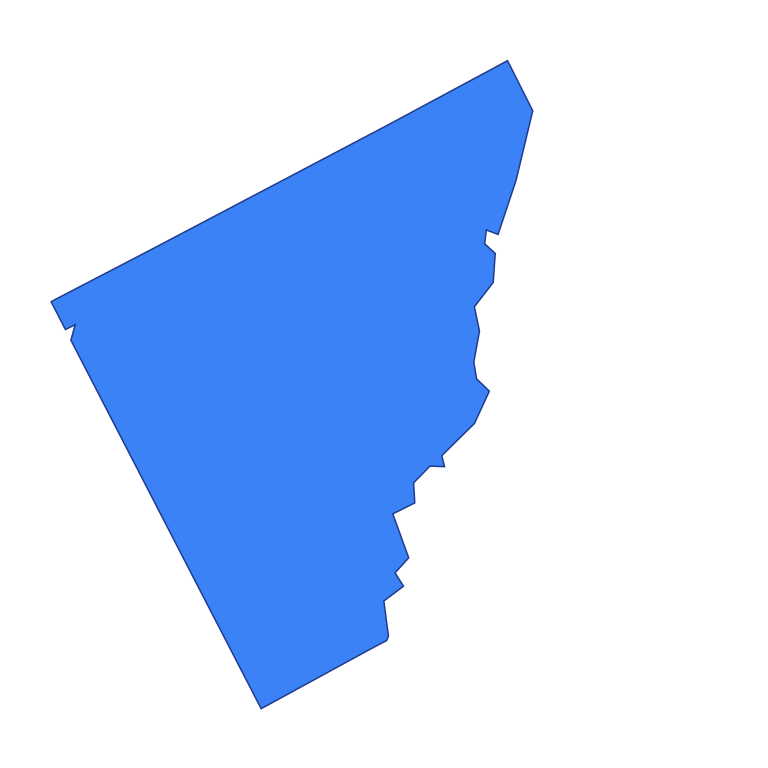 Mitchell, Georgia, United States of America, rotated 152°
{"feature_id": "52423323B1848134729501", "entity_name": "Mitchell", "entity_type": "district", "adm_level": 2, "iso_a3": "USA", "parent_name": "United States of America", "parent_adm1": "Georgia", "projection": "natural_earth1", "projection_center": [-84.237, 31.26], "detail": "fine", "context": "isolated", "style": "filled", "palette": "blue", "viewbox_px": 768, "rotation_deg": 152, "n_neighbors": 0, "source": "geoboundaries", "source_scale": "gbopen_adm2", "svg_char_len": 615}
<svg xmlns="http://www.w3.org/2000/svg" viewBox="0 0 768 768"><g transform="rotate(152 384 384)"><path d="M523.6,612.0L634.1,613.0L639.3,612.9L639.7,581.6L628.8,581.4L639.9,569.6L643.3,290.9L644.9,155.0L524.2,156.3L501.9,156.3L498.4,159.4L486.0,192.5L461.7,196.3L462.9,212.1L443.8,218.9L437.2,265.2L412.6,264.6L404.3,282.8L382.0,289.9L369.3,282.6L366.6,293.6L322.6,306.7L294.4,328.2L299.8,345.1L294.4,361.2L274.9,385.8L267.9,409.8L239.9,422.4L224.5,447.0L229.3,460.6L221.3,471.9L213.1,462.5L171.8,501.8L124.4,555.4L123.1,611.5L257.6,610.9L523.6,612.0Z" fill="#3b82f6" stroke="#1e3a8a" stroke-width="1.5"/></g></svg>